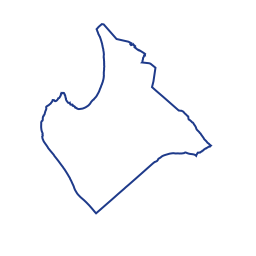 outline of Sechura, Piura, Peru, rotated 18°
{"feature_id": "86281439B13089313750619", "entity_name": "Sechura", "entity_type": "district", "adm_level": 2, "iso_a3": "PER", "parent_name": "Peru", "parent_adm1": "Piura", "projection": "natural_earth1", "projection_center": [-80.698, -5.861], "detail": "fine", "context": "isolated", "style": "outline", "palette": "blue", "viewbox_px": 256, "rotation_deg": 18, "n_neighbors": 0, "source": "geoboundaries", "source_scale": "gbopen_adm2", "svg_char_len": 5569}
<svg xmlns="http://www.w3.org/2000/svg" viewBox="0 0 256 256"><g transform="rotate(18 128 128)"><path d="M206.2,116.2L204.4,115.3L203.7,114.9L203.3,114.4L202.0,113.4L201.4,113.0L200.8,112.5L199.5,111.6L198.8,110.9L198.1,110.6L197.8,110.5L197.4,110.2L197.1,109.9L194.5,108.6L194.0,108.3L193.2,107.6L192.9,107.2L192.5,106.5L191.2,105.3L191.0,105.1L189.7,104.2L189.2,103.7L188.5,103.1L188.0,102.8L187.3,102.8L187.1,102.7L186.3,102.2L184.6,101.5L184.2,101.3L183.4,101.2L183.1,101.1L182.9,100.8L182.7,100.6L181.8,98.7L181.7,98.4L180.6,98.1L180.1,97.8L179.7,97.6L179.2,97.3L177.3,96.5L176.1,95.7L175.2,95.3L174.3,95.2L173.8,95.1L173.4,95.1L172.5,95.4L171.6,95.5L170.9,95.7L151.6,87.4L143.2,83.9L138.2,81.7L137.8,75.8L135.5,62.2L133.2,61.3L129.5,59.9L128.0,59.9L121.2,61.3L121.3,61.1L121.0,59.3L121.0,58.3L120.9,57.5L120.7,56.8L120.7,56.6L121.0,55.3L121.0,54.6L120.9,54.1L121.7,53.8L121.4,53.3L121.4,52.3L119.9,51.8L115.0,50.6L114.3,50.5L114.3,50.8L113.2,50.6L109.6,49.3L109.8,48.9L109.2,48.7L109.3,47.9L108.7,47.8L108.6,47.6L108.0,47.5L107.8,47.2L107.0,46.7L106.9,46.9L106.9,47.1L106.1,47.5L106.0,47.8L105.9,47.9L105.7,47.9L105.3,48.2L105.0,48.0L104.8,47.7L104.4,47.7L104.2,47.5L104.2,47.4L104.3,47.3L104.5,47.3L104.8,46.3L101.7,45.8L89.6,46.9L72.9,37.0L72.7,37.0L71.0,37.3L68.7,41.1L68.6,41.5L67.6,43.7L68.3,44.5L68.9,45.4L69.5,46.0L70.4,47.2L70.8,47.8L71.0,48.0L71.4,48.3L72.2,49.2L72.8,49.7L73.1,49.9L73.3,50.3L73.6,50.7L74.0,51.1L74.4,51.7L74.7,52.1L76.1,54.1L76.4,54.6L76.7,55.0L77.4,56.0L77.8,56.9L78.5,57.9L78.6,58.3L79.2,59.3L79.8,60.2L80.0,60.5L80.3,61.1L80.6,61.9L81.3,63.1L82.4,65.6L82.4,65.9L82.6,66.7L83.0,68.2L83.2,68.4L83.2,68.7L83.8,69.8L84.5,71.7L84.9,72.5L85.0,73.1L85.4,74.0L85.4,74.3L85.6,74.6L85.8,75.5L86.0,75.9L86.3,76.4L86.6,77.6L86.7,78.3L87.0,79.2L87.2,79.7L87.5,81.2L87.8,82.5L87.9,83.0L88.2,83.7L88.4,84.5L88.8,85.5L89.0,85.9L89.1,87.0L89.3,87.4L89.4,88.1L89.6,89.7L89.6,90.8L89.7,91.5L89.7,92.8L89.6,93.6L89.7,94.2L89.5,95.7L89.5,97.5L89.4,98.6L89.3,99.0L89.3,99.7L89.2,102.2L88.8,104.6L88.5,105.8L88.5,106.2L88.2,107.4L88.0,108.1L86.7,111.0L86.6,111.5L86.4,111.6L86.0,112.2L85.9,112.5L85.7,112.7L85.6,113.0L84.9,114.6L84.4,116.7L84.0,117.5L83.7,118.2L83.4,118.8L83.0,119.3L82.6,119.9L82.2,120.3L81.6,121.1L80.4,122.3L80.1,122.5L79.3,123.2L78.4,123.8L77.5,124.2L76.3,124.8L75.4,125.2L75.0,125.3L73.7,125.3L73.0,125.1L72.8,125.0L72.7,124.8L72.2,124.9L71.9,125.0L71.6,125.0L71.3,124.8L71.3,124.6L71.2,124.4L70.7,124.2L70.3,123.9L69.3,124.0L68.7,124.0L68.4,123.9L68.2,123.7L68.2,123.1L67.9,122.9L66.4,123.5L66.0,123.5L65.9,123.4L65.7,123.1L65.5,122.8L65.2,122.8L64.7,122.5L64.6,122.4L64.6,122.1L64.1,122.4L63.4,122.5L63.0,122.4L62.6,122.1L61.9,121.5L61.5,121.3L61.2,121.1L60.2,120.1L60.1,119.8L60.0,119.3L59.9,119.0L59.7,118.8L59.4,118.7L58.8,117.6L58.2,116.5L58.0,116.4L57.8,116.3L57.7,116.2L57.7,115.9L56.8,115.0L56.4,114.9L56.3,114.6L56.2,114.5L55.8,114.6L55.7,114.6L55.4,115.0L55.1,114.9L55.0,115.1L54.7,115.1L54.4,115.2L54.2,115.4L54.1,115.7L53.9,115.6L53.9,115.9L53.7,116.1L53.7,116.5L53.9,117.1L53.9,117.7L54.0,117.9L54.0,118.0L53.6,119.1L53.6,119.9L53.2,120.8L52.8,121.2L52.6,121.2L52.5,121.3L52.4,121.4L52.5,121.8L52.3,122.5L52.1,123.0L51.7,123.9L51.3,124.4L50.9,124.8L50.2,125.0L49.8,124.9L49.5,124.5L49.3,124.4L48.8,124.4L48.5,124.6L47.9,124.6L47.7,124.7L47.7,124.9L47.8,125.2L47.6,126.6L47.1,127.6L47.0,128.3L46.9,128.6L46.1,129.8L45.4,131.0L45.0,131.4L44.7,131.6L43.7,133.0L43.8,133.7L44.3,134.7L44.4,135.5L44.3,136.2L44.4,136.5L44.3,137.0L44.2,137.7L44.3,138.8L44.3,139.1L44.3,139.6L44.4,140.5L44.4,141.0L44.2,141.6L43.9,142.0L44.0,142.9L43.7,143.3L43.8,144.6L44.4,146.6L44.4,147.4L44.3,147.6L44.0,147.9L43.8,148.2L43.8,148.6L43.7,149.1L43.7,149.4L44.5,151.9L44.6,152.3L44.7,152.7L45.2,154.2L45.6,155.1L46.0,156.0L46.7,157.3L47.4,158.2L48.4,159.4L48.6,159.8L48.7,160.1L48.6,160.5L49.2,161.3L49.3,161.7L49.3,161.9L49.1,162.2L49.0,162.5L49.2,162.8L49.6,163.8L50.3,164.9L50.7,165.2L50.9,165.5L51.6,166.4L52.6,167.3L53.7,168.1L54.2,168.5L55.3,169.3L56.1,169.9L56.6,170.3L57.4,170.9L58.1,171.6L58.8,172.1L61.1,173.6L65.6,176.4L66.3,177.0L66.6,177.3L68.6,178.6L72.3,181.1L75.9,183.7L78.5,185.5L79.5,186.4L80.1,186.7L82.9,189.0L85.6,191.3L87.0,192.6L87.3,192.8L88.1,193.5L89.0,194.6L90.1,195.6L92.1,197.8L93.9,199.7L95.1,201.2L95.4,201.7L96.8,203.3L98.5,204.8L99.9,206.0L101.3,206.9L104.1,208.4L106.0,209.2L108.6,210.3L111.3,211.6L114.7,213.4L118.1,215.4L122.4,218.1L124.0,219.0L134.6,201.3L136.5,198.1L138.7,194.3L143.1,187.0L144.1,185.2L146.5,181.3L149.7,175.9L150.9,173.9L162.6,154.0L163.6,152.5L163.8,152.1L164.5,151.7L165.8,150.4L165.9,150.2L166.2,149.4L166.4,148.1L166.6,147.7L167.3,146.9L168.0,146.1L169.0,144.5L170.1,143.4L171.1,142.6L172.5,141.6L173.1,141.2L175.6,139.5L177.6,138.5L179.0,137.9L181.2,137.5L183.3,136.7L185.0,136.3L187.0,135.6L188.0,135.1L189.0,134.6L189.5,134.0L189.9,133.7L190.3,133.5L190.9,133.5L192.3,133.6L193.7,133.6L194.8,133.5L197.4,133.0L198.9,132.8L200.3,132.9L201.4,133.4L201.4,132.8L201.4,132.3L201.7,131.2L201.8,130.6L201.9,130.4L202.0,129.9L202.8,129.7L203.2,129.3L203.4,129.2L203.6,129.2L204.0,129.2L204.4,128.6L204.6,128.3L204.8,128.1L204.9,127.9L205.5,127.4L205.7,126.7L205.9,126.6L206.1,126.5L206.2,126.4L206.4,126.1L206.7,125.3L207.1,124.9L207.2,124.6L207.5,124.3L208.0,123.6L208.3,123.3L208.6,123.3L208.7,123.2L208.8,122.9L208.9,122.7L209.7,122.0L210.0,121.5L210.4,120.9L210.8,120.7L211.2,120.6L211.6,120.4L211.6,120.2L211.8,120.0L211.9,119.7L212.3,119.1L210.7,118.5L209.8,118.0L208.9,117.7L208.5,117.6L208.2,117.5L206.9,116.6L206.2,116.2Z" fill="none" stroke="#1e3a8a" stroke-width="2"/></g></svg>